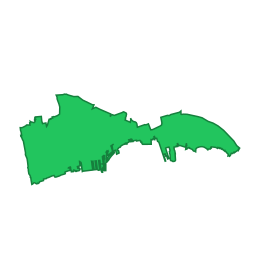 Kota Jakarta Utara, Jakarta Raya, Indonesia, rotated 171°
{"feature_id": "22746128B85966169947265", "entity_name": "Kota Jakarta Utara", "entity_type": "district", "adm_level": 2, "iso_a3": "IDN", "parent_name": "Indonesia", "parent_adm1": "Jakarta Raya", "projection": "robinson", "projection_center": [106.852, -6.136], "detail": "fine", "context": "isolated", "style": "filled", "palette": "green", "viewbox_px": 256, "rotation_deg": 171, "n_neighbors": 0, "source": "geoboundaries", "source_scale": "gbopen_adm2", "svg_char_len": 5785}
<svg xmlns="http://www.w3.org/2000/svg" viewBox="0 0 256 256"><g transform="rotate(171 128 128)"><path d="M231.8,87.3L230.9,87.6L229.6,88.6L228.9,88.6L227.2,87.2L226.2,87.5L226.2,87.2L225.5,87.2L224.3,87.8L223.8,88.7L219.7,89.3L219.4,90.8L216.6,90.8L216.0,91.3L214.0,91.6L210.7,92.5L208.5,92.7L207.9,91.0L206.9,90.8L203.1,91.4L201.5,92.0L198.3,92.4L197.1,92.7L197.2,94.2L196.6,94.5L193.4,95.1L192.1,95.1L191.7,96.0L191.6,97.6L193.1,97.8L193.0,98.1L191.5,98.5L191.0,98.5L190.9,98.3L191.1,96.2L191.1,95.5L190.8,95.3L190.8,93.6L188.8,93.5L188.7,93.8L189.1,94.0L188.0,94.3L187.9,94.9L187.3,94.5L187.4,94.0L186.8,94.0L186.4,93.3L185.0,93.2L186.2,93.6L186.1,94.0L184.6,93.5L183.0,93.5L181.9,94.4L181.9,95.3L182.3,95.3L182.3,96.0L182.7,96.1L182.8,95.8L183.9,96.0L184.0,97.7L183.0,97.6L183.0,98.0L181.8,98.0L181.3,98.3L181.1,102.6L180.9,102.5L180.7,101.8L180.1,101.7L179.7,101.0L179.7,100.0L180.0,100.1L180.0,99.8L179.7,99.7L179.7,97.9L180.1,98.0L180.1,97.8L179.8,97.8L179.8,95.4L180.1,95.4L180.1,95.2L179.8,95.3L179.9,93.2L180.2,93.2L179.6,93.1L179.6,92.5L179.9,92.5L179.9,92.2L179.5,92.4L169.4,92.0L169.2,100.8L168.9,100.6L167.8,100.7L168.0,92.0L165.9,91.9L165.6,100.6L164.5,100.5L164.8,91.9L164.0,90.9L162.7,90.9L162.5,91.2L162.1,100.5L160.9,100.4L161.2,89.8L160.9,89.5L160.8,88.5L160.5,88.4L160.5,89.0L160.0,88.7L159.9,91.5L159.7,91.7L159.4,91.7L159.3,90.2L159.1,92.9L158.9,93.1L158.6,93.1L158.8,89.2L158.6,89.8L158.3,89.8L158.0,95.7L158.3,96.3L159.2,96.4L159.2,96.7L158.0,96.6L157.8,103.7L157.0,104.2L156.9,103.9L157.5,100.9L156.7,100.8L156.1,104.5L155.8,104.4L155.4,105.0L156.3,100.7L156.9,99.3L157.2,96.0L156.3,95.9L154.8,97.4L154.3,101.4L154.0,101.7L153.0,107.2L152.7,107.2L152.7,107.7L153.2,107.8L152.6,108.4L152.5,108.0L151.3,108.7L151.1,108.1L151.6,107.8L152.3,105.2L152.3,104.9L152.0,104.8L152.3,104.2L152.0,104.1L149.2,105.8L148.8,105.8L149.0,106.0L147.0,107.1L147.0,109.7L147.2,109.9L147.5,112.6L147.7,112.9L144.7,114.4L146.5,113.2L146.5,107.2L146.6,106.1L152.6,102.3L153.2,98.5L151.9,99.6L151.1,100.7L148.7,103.0L145.8,105.2L145.4,105.8L145.4,107.5L144.7,107.9L143.7,108.0L143.3,103.9L140.7,104.7L140.8,107.0L141.6,107.4L141.7,107.9L141.6,108.6L140.5,109.7L139.5,110.3L139.1,110.1L138.5,110.4L137.6,111.5L133.7,112.9L133.6,112.4L133.4,112.4L133.3,113.2L132.3,113.5L131.9,113.3L131.7,112.3L131.4,112.4L131.6,113.2L129.8,113.8L129.2,114.3L128.8,115.8L129.0,116.3L127.6,116.3L126.9,116.6L126.1,116.4L125.7,115.5L126.2,115.1L127.5,115.6L128.3,115.5L128.8,114.5L128.4,114.1L125.1,113.9L125.1,114.3L124.8,114.5L121.9,114.6L121.8,114.3L121.4,114.3L121.4,113.8L118.2,113.9L118.0,113.3L117.6,113.2L117.5,111.9L117.3,111.7L116.7,111.8L116.6,110.3L116.1,109.6L107.6,108.3L107.0,113.0L105.4,112.5L104.8,113.7L104.4,113.7L104.0,113.0L103.6,113.0L103.5,112.3L103.3,112.3L103.7,115.4L103.2,115.5L102.8,113.5L101.3,113.3L100.9,110.2L99.9,109.4L99.6,108.3L96.5,89.4L96.0,89.5L97.1,96.3L95.4,96.6L95.1,94.3L94.2,94.5L93.7,91.2L92.4,91.5L94.0,102.2L92.9,102.6L90.4,102.8L90.5,103.3L90.0,99.5L90.3,98.6L90.8,98.3L90.7,97.8L90.9,96.5L90.6,95.1L91.2,89.9L90.7,89.0L90.1,88.9L88.9,87.9L87.8,87.8L86.8,88.0L86.4,88.4L86.1,88.8L85.5,95.2L85.3,95.2L85.4,98.3L85.6,98.5L85.8,100.7L85.6,100.8L85.6,101.9L82.9,102.0L83.0,102.7L82.7,102.7L82.7,102.0L81.8,102.0L81.7,104.8L81.3,104.8L81.4,103.4L80.8,103.4L80.8,102.5L79.2,102.5L74.2,100.0L72.6,103.9L73.0,101.7L72.7,101.6L72.8,101.3L72.9,101.0L73.4,100.9L74.4,97.8L72.9,98.1L72.6,98.8L72.2,99.0L71.3,98.8L71.0,99.2L70.6,99.1L70.7,98.6L70.0,98.3L70.3,97.6L69.9,98.0L68.0,96.9L66.9,95.0L66.3,95.0L64.9,93.9L64.2,96.8L62.7,97.8L60.0,98.2L57.7,98.0L55.8,97.2L53.4,95.2L52.8,94.0L52.5,93.9L52.0,94.6L49.9,94.4L49.5,95.5L49.2,95.0L48.8,95.1L48.4,96.3L44.3,95.1L42.8,93.9L42.3,94.7L41.1,93.7L40.9,94.2L40.3,93.6L39.9,93.8L39.5,92.9L38.8,92.4L38.6,92.8L37.7,91.8L37.7,92.0L36.5,90.5L36.2,90.6L36.3,90.3L35.9,89.8L35.6,89.9L35.5,89.4L34.8,89.1L34.1,87.6L33.1,86.4L33.6,84.8L32.9,85.0L32.4,84.3L32.0,84.7L31.8,84.4L31.1,85.0L29.9,86.9L28.6,86.4L27.1,87.6L26.8,86.9L23.2,88.8L22.8,88.3L21.7,89.6L22.0,90.0L20.9,90.7L23.4,93.6L25.6,98.7L34.0,110.8L38.8,116.0L43.2,119.5L47.8,122.0L53.2,126.5L57.4,128.4L67.5,132.3L71.2,133.0L72.9,133.0L73.5,133.4L73.1,136.5L74.7,135.5L83.6,134.6L85.3,133.8L87.1,134.3L93.9,133.4L93.7,127.6L94.4,125.7L95.7,125.0L103.8,122.6L105.8,122.6L107.2,128.9L109.8,128.3L110.9,128.7L118.6,127.3L118.6,130.7L119.0,132.0L119.8,132.8L121.6,133.6L122.7,134.6L123.3,135.5L123.9,137.3L124.0,135.8L124.9,133.3L129.6,136.3L128.9,137.5L129.1,138.3L128.2,139.5L127.3,141.9L127.4,142.9L129.2,144.3L130.1,144.7L131.2,144.2L139.6,142.6L141.4,143.6L142.5,143.4L143.1,143.2L143.6,141.8L143.5,143.1L142.8,144.5L152.9,150.9L156.5,153.5L160.2,152.5L158.0,156.2L159.6,156.6L168.3,162.6L172.5,167.0L176.6,167.5L181.6,169.8L183.7,171.1L184.2,171.0L185.3,171.4L187.2,171.1L193.8,171.7L193.2,169.4L193.4,168.7L193.4,167.3L192.4,162.3L192.1,159.4L193.4,152.4L195.7,151.3L197.4,150.9L198.8,150.6L199.7,150.9L201.2,150.7L200.9,149.6L203.1,149.4L203.0,148.7L204.6,148.9L207.2,143.3L208.2,142.3L208.3,145.8L211.7,145.7L212.1,148.3L211.8,153.0L217.7,153.4L217.7,152.7L218.3,152.8L218.4,151.9L218.5,152.0L218.6,151.4L218.4,151.2L218.9,151.2L219.0,150.7L218.7,150.7L218.8,150.2L218.4,150.2L218.9,148.8L220.0,148.0L223.0,149.3L223.5,149.8L223.5,148.5L224.3,148.5L224.4,146.2L227.0,146.8L227.8,146.8L227.9,146.4L231.7,145.1L233.0,144.9L234.4,145.2L234.5,142.2L234.2,141.1L234.2,137.3L235.1,137.5L235.1,136.3L234.6,135.8L234.0,133.0L233.4,131.5L233.1,119.6L233.5,117.6L232.5,113.6L232.5,110.7L232.7,105.5L233.2,104.7L232.9,102.4L233.1,101.7L233.1,98.7L233.0,98.0L232.5,97.2L232.0,95.7L232.2,94.5L231.8,94.3L231.9,90.4L231.6,89.9L231.9,89.3L231.8,87.3ZM155.7,95.0L156.9,94.6L157.6,93.5L157.7,89.5L156.6,89.4L155.7,95.0Z" fill="#22c55e" stroke="#15803d" stroke-width="1.5"/></g></svg>